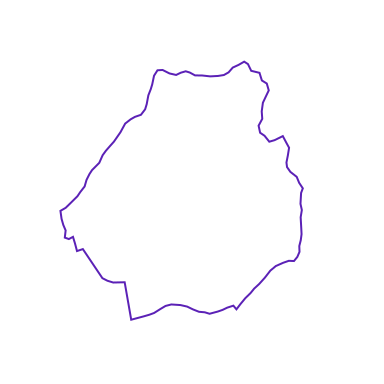 Ribeirão do Sul, São Paulo, Brazil, rotated 17°
{"feature_id": "56859067B13844960730737", "entity_name": "Ribeirão do Sul", "entity_type": "district", "adm_level": 2, "iso_a3": "BRA", "parent_name": "Brazil", "parent_adm1": "São Paulo", "projection": "natural_earth1", "projection_center": [-49.921, -22.748], "detail": "fine", "context": "isolated", "style": "outline", "palette": "violet", "viewbox_px": 384, "rotation_deg": 17, "n_neighbors": 0, "source": "geoboundaries", "source_scale": "gbopen_adm2", "svg_char_len": 1546}
<svg xmlns="http://www.w3.org/2000/svg" viewBox="0 0 384 384"><g transform="rotate(17 192 192)"><path d="M71.7,248.5L75.1,255.8L78.6,261.2L82.4,265.7L83.7,272.8L88.0,273.0L91.3,269.7L95.2,275.5L99.3,282.1L104.3,278.5L131.5,300.6L137.1,301.6L143.1,301.6L154.0,298.0L171.2,331.9L182.1,325.1L187.0,321.9L191.1,318.8L196.2,312.9L200.0,308.7L205.1,305.6L214.0,303.5L220.8,303.0L227.4,304.0L233.7,304.5L239.4,303.3L244.4,303.3L251.6,298.8L255.7,295.8L259.5,292.3L264.8,288.6L268.8,291.2L271.1,285.0L274.0,278.0L277.6,271.4L279.7,266.2L283.1,260.4L286.7,252.7L289.9,244.3L293.8,238.3L299.8,233.1L304.7,229.5L309.7,228.2L311.7,223.3L312.3,217.8L310.4,212.3L310.1,206.3L309.1,200.3L307.3,195.3L303.3,184.4L302.3,177.1L299.2,171.6L296.6,161.0L296.9,156.1L291.8,151.9L287.7,146.9L280.2,144.0L275.6,140.4L273.7,136.2L273.0,129.2L271.9,121.3L268.0,117.5L262.5,112.0L255.8,118.3L251.2,121.3L244.9,117.0L239.8,115.4L236.3,109.1L237.8,101.5L235.1,94.5L233.7,85.9L234.8,78.4L235.7,72.4L231.8,66.4L226.2,64.9L221.7,58.3L213.2,58.8L208.1,53.3L203.8,52.1L199.4,56.8L194.6,61.1L192.0,66.9L188.3,70.8L183.0,73.4L175.6,76.1L167.7,77.6L160.8,79.6L154.9,78.4L150.7,78.4L146.4,81.2L142.6,84.7L135.8,85.2L128.2,83.9L123.4,85.7L121.7,91.9L122.5,100.8L122.5,105.7L122.0,112.3L123.0,121.3L123.0,126.6L120.6,133.1L115.5,136.8L112.1,140.4L108.1,146.1L106.1,155.8L102.6,166.7L100.2,171.9L97.6,177.7L95.8,182.9L94.8,191.2L90.0,200.3L88.7,204.8L87.6,211.2L87.7,218.1L85.2,224.6L83.7,229.5L79.2,237.9L75.8,244.1L71.7,248.5Z" fill="none" stroke="#5b21b6" stroke-width="2"/></g></svg>